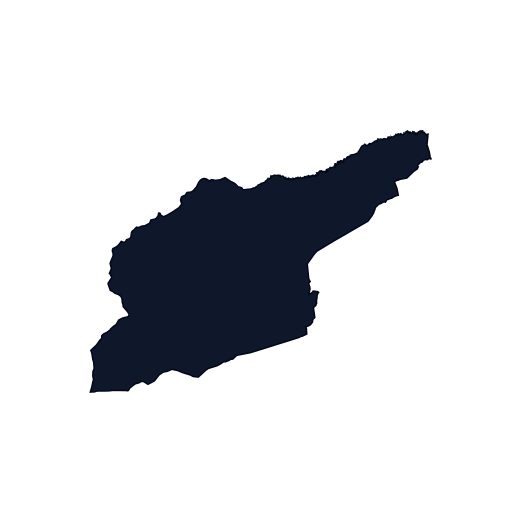 Agapia, Neamt, Romania (Robinson projection), rotated 337°
{"feature_id": "2599482B12008574205050", "entity_name": "Agapia", "entity_type": "district", "adm_level": 2, "iso_a3": "ROU", "parent_name": "Romania", "parent_adm1": "Neamt", "projection": "robinson", "projection_center": [26.288, 47.161], "detail": "fine", "context": "isolated", "style": "filled", "palette": "ink", "viewbox_px": 512, "rotation_deg": 337, "n_neighbors": 0, "source": "geoboundaries", "source_scale": "gbopen_adm2", "svg_char_len": 6124}
<svg xmlns="http://www.w3.org/2000/svg" viewBox="0 0 512 512"><g transform="rotate(337 256 256)"><path d="M106.4,331.9L113.6,331.3L120.3,327.6L125.1,326.6L129.4,327.5L134.2,327.4L139.0,330.7L142.8,334.6L149.1,339.9L151.1,342.4L155.6,344.9L165.5,341.4L168.2,340.9L177.0,341.8L180.9,341.5L185.0,340.7L186.6,341.5L191.1,341.5L192.4,340.8L193.2,341.5L194.5,341.8L197.9,340.4L199.8,340.0L213.0,342.8L263.8,347.8L265.9,347.5L266.6,347.9L272.2,347.7L273.9,342.9L274.4,340.3L276.0,340.9L279.3,340.5L282.1,339.0L283.5,336.6L286.1,335.6L288.6,326.3L289.1,325.8L291.7,324.9L292.0,324.2L293.1,323.6L294.7,319.8L295.5,318.9L296.9,316.0L298.6,314.4L299.4,314.0L298.8,312.8L297.6,312.8L297.3,311.9L294.9,310.6L293.9,311.4L290.4,312.1L289.1,312.8L292.9,307.3L293.5,305.0L293.7,301.8L295.9,300.6L295.6,298.2L295.9,296.6L300.1,283.3L310.2,277.1L313.8,275.4L333.1,272.6L372.6,267.7L378.0,264.6L381.4,262.1L381.6,261.5L383.4,259.9L384.7,258.1L389.4,256.2L390.5,256.5L395.1,256.1L396.0,257.0L396.9,256.6L397.8,255.6L399.0,255.3L400.2,255.7L401.0,255.4L403.5,255.8L406.4,255.3L409.6,255.4L410.7,255.7L412.1,249.1L412.4,241.7L415.0,241.4L416.7,241.8L416.8,241.3L425.3,243.2L434.4,239.7L438.4,238.9L440.2,237.3L439.9,236.2L440.3,235.5L443.0,234.6L443.8,234.0L445.4,234.4L447.6,233.3L449.7,233.3L451.2,234.3L453.0,233.9L453.8,234.1L454.8,235.1L455.1,234.9L455.2,234.3L454.6,233.1L455.2,232.2L456.2,227.7L456.8,221.8L456.1,221.8L461.0,212.9L460.6,212.5L461.7,211.5L461.0,211.3L461.5,211.0L459.7,210.5L459.8,210.0L459.1,208.8L459.3,208.1L458.0,207.8L458.4,206.0L457.5,205.6L456.9,206.3L456.6,205.8L456.8,205.5L456.0,205.0L455.8,205.1L455.9,205.8L455.5,206.0L454.0,205.2L453.1,206.1L452.3,205.7L452.1,206.1L452.4,206.4L451.9,206.7L451.3,206.7L450.5,206.2L450.0,206.4L449.8,205.9L450.4,205.6L450.2,205.2L450.6,205.1L449.9,204.6L450.3,204.1L450.0,203.5L448.9,203.5L449.0,203.0L448.8,202.8L447.7,203.9L446.9,203.5L446.6,202.7L446.1,202.9L444.5,202.4L444.3,202.0L445.3,201.6L444.6,201.2L444.3,200.1L442.2,200.4L442.3,200.9L441.8,201.5L440.9,201.4L440.3,200.6L439.9,201.4L438.2,201.6L437.1,200.7L437.3,200.4L437.0,200.0L436.4,200.5L435.4,200.5L435.2,199.3L434.2,199.2L432.9,199.6L432.3,198.7L430.7,199.9L429.9,199.6L429.0,199.9L427.5,199.7L427.0,199.0L426.7,200.0L426.1,200.1L425.8,199.7L425.1,200.2L425.2,199.4L424.5,199.0L424.9,198.4L423.9,198.3L424.1,199.0L423.5,199.0L423.0,200.0L422.4,199.3L422.0,199.5L421.3,199.2L421.1,198.8L420.3,198.8L419.8,198.0L419.3,197.9L418.4,198.3L416.3,197.0L415.6,197.3L414.0,195.9L413.2,196.9L409.9,196.9L406.5,197.7L405.5,197.4L405.1,197.6L404.7,196.9L404.2,196.9L402.1,197.7L400.5,197.7L400.5,196.7L399.9,195.7L399.3,196.3L398.5,196.0L396.2,196.3L391.7,199.7L391.1,199.8L390.4,200.9L385.9,200.9L382.2,200.0L381.4,201.6L380.6,200.7L379.1,200.5L378.1,200.8L378.4,201.4L377.8,201.9L375.9,201.7L375.2,201.0L373.4,202.3L373.8,203.5L373.4,203.7L372.6,203.6L371.7,202.8L371.9,201.8L371.5,201.4L371.0,201.4L370.9,202.0L368.6,201.2L369.1,202.5L367.9,201.7L367.2,202.0L367.5,202.7L367.4,203.3L366.9,202.9L365.5,203.0L365.1,202.1L364.7,202.0L364.3,202.8L364.9,203.5L363.4,203.6L363.1,205.0L362.2,204.4L359.8,204.3L358.9,203.4L357.4,204.3L354.6,204.0L354.4,204.2L355.5,204.6L355.4,205.0L354.2,205.0L354.7,206.2L353.0,205.8L352.1,206.4L352.8,205.4L351.3,204.6L349.5,204.5L349.4,204.3L349.8,203.4L349.1,202.9L348.4,203.2L347.8,202.7L345.8,203.8L344.3,203.2L344.2,203.9L345.2,204.8L343.8,205.1L343.4,205.6L342.4,204.6L341.8,205.3L342.0,205.9L341.7,206.0L340.0,204.8L340.6,204.5L340.3,204.1L339.5,204.0L339.8,204.4L339.4,204.5L339.0,204.4L339.1,203.8L338.7,203.8L338.1,204.5L337.5,203.8L337.0,204.0L337.0,204.6L336.7,204.6L336.2,203.9L335.6,203.7L336.1,202.8L335.7,202.5L334.8,203.0L334.2,202.5L333.5,203.3L333.1,203.4L332.5,203.2L332.7,202.7L332.2,202.0L331.5,201.9L330.3,202.9L329.2,202.0L328.0,202.4L327.5,200.9L325.7,201.5L325.4,200.0L324.0,200.1L323.3,199.7L321.9,200.1L320.8,199.3L320.9,199.7L320.4,200.2L319.6,199.3L318.3,199.2L318.5,198.8L316.5,197.8L316.5,197.2L316.0,197.5L315.4,197.1L315.3,197.7L314.0,196.2L313.5,196.5L313.0,196.2L312.7,195.9L313.5,195.2L312.5,195.0L312.5,194.0L312.1,193.2L311.4,192.7L309.9,192.7L309.3,192.2L309.4,191.8L309.2,191.6L309.7,191.4L309.6,191.1L308.9,191.0L308.2,190.3L306.7,190.1L304.5,188.8L302.0,188.8L301.1,188.1L300.5,188.7L300.0,190.1L297.8,189.8L297.5,189.3L296.2,190.2L293.8,190.9L292.9,191.6L289.1,191.2L286.9,191.7L285.9,191.4L284.6,192.3L283.1,192.3L281.9,193.0L280.5,192.4L277.7,192.4L269.9,190.0L269.6,187.9L268.9,187.0L266.5,185.3L265.3,181.9L264.2,180.1L261.8,177.4L258.1,171.7L252.7,171.8L248.2,170.5L244.9,168.3L242.5,168.6L240.2,165.4L238.1,164.2L235.9,164.1L233.8,164.8L231.8,166.0L228.2,169.2L223.8,171.3L221.3,171.8L217.5,170.6L216.6,170.9L214.8,172.4L211.8,172.3L210.6,172.5L208.9,174.3L208.3,175.5L208.1,176.8L208.3,178.1L208.0,178.6L207.2,179.6L204.0,181.4L196.0,182.9L189.9,183.7L186.8,183.7L185.6,183.2L185.1,182.0L184.3,181.1L184.4,179.3L183.6,178.5L183.1,178.5L181.5,180.8L179.2,182.2L177.7,182.5L173.2,181.8L171.4,183.9L170.4,184.3L165.5,184.7L162.2,183.8L159.9,184.0L158.3,183.5L157.4,182.8L156.8,182.9L154.0,184.2L151.7,184.8L150.6,185.7L148.3,189.5L147.1,190.4L146.1,190.6L143.4,190.4L142.6,190.8L141.8,191.7L140.2,191.9L139.6,191.8L137.7,189.9L134.1,192.0L131.1,193.0L127.1,193.3L126.1,194.4L125.6,195.9L125.4,199.0L125.0,198.9L124.4,200.2L120.8,203.6L118.8,205.8L118.2,209.7L118.5,210.1L117.0,212.1L114.2,214.8L114.8,215.9L114.6,217.4L115.3,217.6L114.5,219.7L109.3,223.2L108.9,224.0L108.5,230.7L110.5,233.1L111.5,235.1L114.2,237.6L115.8,240.1L116.0,242.7L114.7,246.9L114.6,248.6L114.0,250.9L115.9,256.8L116.4,259.9L116.2,260.7L114.5,261.9L109.2,261.0L104.6,261.3L101.1,264.0L99.5,264.7L97.9,264.9L93.5,266.4L93.0,267.0L89.1,268.0L85.2,268.2L83.0,269.0L82.5,269.6L82.4,270.5L81.6,271.6L79.3,272.5L74.4,275.6L67.1,278.3L67.0,280.8L65.4,287.4L65.1,290.2L63.1,296.3L60.8,298.6L58.9,302.7L58.2,306.0L57.7,307.0L56.9,307.7L53.7,312.4L50.3,316.5L54.4,318.0L56.7,318.1L67.1,322.4L71.7,323.8L83.5,328.9L85.4,330.0L86.2,329.8L87.9,328.4L92.7,327.0L95.1,326.5L98.5,327.0L102.0,326.7L103.6,327.9L106.4,331.9Z" fill="#0f172a" stroke="#020617" stroke-width="1.5"/></g></svg>